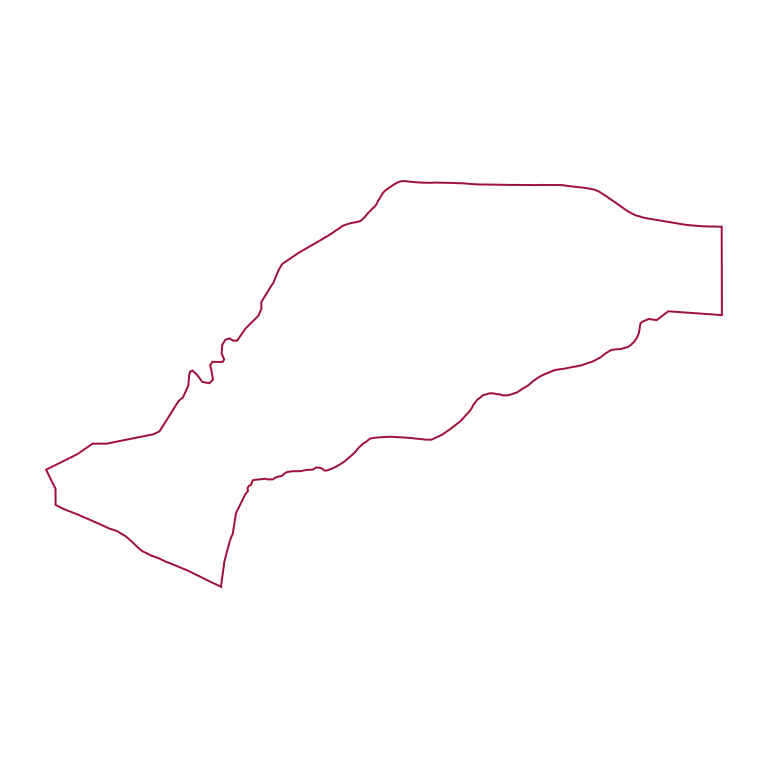 Barat Al Anan, Al Jawf, Yemen
{"feature_id": "15242507B41587860828990", "entity_name": "Barat Al Anan", "entity_type": "district", "adm_level": 2, "iso_a3": "YEM", "parent_name": "Yemen", "parent_adm1": "Al Jawf", "projection": "albers", "projection_center": [44.512, 16.865], "detail": "fine", "context": "isolated", "style": "outline", "palette": "rose", "viewbox_px": 768, "rotation_deg": 0, "n_neighbors": 0, "source": "geoboundaries", "source_scale": "gbopen_adm2", "svg_char_len": 4101}
<svg xmlns="http://www.w3.org/2000/svg" viewBox="0 0 768 768"><path d="M721.7,226.7L704.9,226.4L696.4,225.8L686.3,224.9L665.2,221.4L663.5,221.1L655.6,219.8L649.9,218.8L644.7,217.9L643.5,217.6L640.6,216.7L637.6,215.9L635.8,215.4L632.9,214.0L627.4,211.0L623.6,208.4L616.2,203.1L610.2,199.0L605.3,195.6L600.6,192.6L598.7,191.4L595.9,190.3L593.4,189.4L589.9,188.8L584.3,187.8L578.9,187.2L570.5,186.3L562.9,185.2L558.9,185.0L549.0,185.0L541.9,184.9L535.0,185.1L528.0,185.0L508.3,184.9L504.0,184.8L476.5,184.4L461.3,183.2L458.3,183.2L454.3,183.0L442.3,182.7L439.9,182.7L434.4,182.6L433.4,182.7L432.1,182.8L427.1,182.8L420.0,182.5L414.8,182.2L411.1,181.8L407.8,181.5L405.1,181.1L403.6,181.1L402.2,181.1L400.4,181.5L397.5,182.5L393.6,184.7L390.1,187.1L387.2,189.1L384.9,190.9L383.2,192.6L383.0,193.0L381.8,194.7L379.1,199.5L378.1,200.7L377.3,202.6L376.2,204.6L374.8,206.5L373.8,207.5L372.8,208.1L371.2,209.9L369.4,211.8L367.7,213.4L366.8,214.4L364.9,217.0L363.5,218.3L361.7,220.0L360.7,220.8L359.2,221.4L356.7,222.0L354.4,222.5L352.5,222.8L350.3,223.3L347.5,224.1L345.5,224.8L343.6,225.5L342.2,226.2L339.0,228.4L332.4,232.9L327.9,235.9L325.3,237.1L325.3,237.4L298.7,252.8L282.7,263.6L281.2,265.7L278.8,269.6L273.1,283.4L271.4,285.6L261.3,302.0L261.4,308.9L259.8,312.5L259.6,313.0L258.4,315.7L248.0,326.1L245.2,328.9L237.1,340.7L233.2,340.6L229.4,338.4L225.4,339.7L224.3,341.5L222.3,344.8L221.6,353.5L224.2,359.5L222.9,361.7L220.4,362.0L212.4,361.8L210.2,365.2L210.7,367.6L211.5,370.9L213.0,379.6L209.4,383.2L202.4,382.0L196.6,374.3L192.3,370.5L190.1,371.7L189.1,375.6L188.4,385.3L182.9,397.5L178.6,401.0L164.7,423.1L159.5,431.3L153.5,434.3L126.7,439.6L107.5,443.5L106.5,443.7L92.6,443.7L77.1,454.3L76.9,454.4L46.1,469.7L52.1,482.0L55.5,488.8L55.6,505.0L63.6,509.0L76.7,514.1L96.7,522.8L109.2,528.5L117.1,531.1L125.8,536.4L132.0,541.8L136.3,545.9L139.8,549.2L142.6,551.3L147.7,553.7L150.6,555.3L158.8,558.3L165.5,561.5L170.5,563.5L178.2,566.6L187.1,570.3L198.6,575.9L208.6,580.9L214.7,583.8L219.4,586.0L221.2,586.9L221.2,584.8L223.4,568.8L223.8,566.4L224.0,563.7L224.5,561.2L224.8,560.2L225.2,558.4L225.8,556.1L226.5,553.2L227.1,550.9L227.3,550.4L228.0,547.8L228.7,545.1L229.4,542.5L230.2,539.9L231.3,537.1L231.8,535.6L232.6,534.6L232.9,532.6L233.0,532.1L234.2,524.8L234.2,524.5L234.4,523.0L235.6,515.8L235.6,515.7L236.1,512.9L236.6,511.8L237.3,510.4L243.5,498.0L244.3,496.3L244.3,496.2L244.7,495.4L245.0,494.8L245.1,494.7L248.1,490.7L247.5,488.9L247.6,488.1L247.8,487.7L248.1,487.1L248.6,486.4L249.2,485.7L249.7,485.4L250.9,485.0L252.8,480.3L255.7,479.7L256.3,479.7L262.4,479.1L265.1,478.7L267.1,479.4L272.5,479.4L273.2,479.2L273.9,478.6L274.6,478.0L275.5,477.7L276.5,477.1L277.7,476.8L280.7,476.2L282.3,475.6L283.8,474.1L285.7,472.6L287.6,472.0L288.4,471.8L291.3,471.4L293.0,471.2L294.3,471.2L295.1,471.2L295.9,471.2L299.8,471.2L304.1,470.4L307.1,469.9L312.9,469.6L314.9,468.2L315.0,468.1L315.8,467.8L316.5,467.5L319.5,467.7L320.9,468.1L321.8,468.4L324.4,470.5L326.7,470.5L330.7,469.1L336.1,466.7L340.8,463.9L344.9,461.1L350.2,456.6L354.6,452.7L358.9,447.5L363.4,443.4L364.5,442.8L365.6,442.2L368.9,439.5L370.6,438.4L372.7,438.1L375.8,437.6L385.5,437.0L390.2,436.7L408.6,437.8L425.5,439.6L429.7,439.7L431.4,439.7L437.3,436.9L437.9,436.8L442.2,434.6L447.1,431.3L451.8,427.9L456.3,424.4L460.6,421.0L464.2,417.1L466.0,415.1L467.6,413.4L470.2,410.4L472.1,407.4L473.3,404.8L475.5,402.1L475.7,401.8L477.6,399.4L480.4,397.5L482.3,395.7L482.5,395.5L486.6,394.2L490.2,393.2L493.4,393.4L493.5,393.4L496.0,394.0L500.0,394.4L502.2,395.3L504.9,395.3L507.7,395.3L511.8,394.2L517.5,392.2L522.3,388.8L522.7,388.6L528.0,385.5L533.5,380.8L537.8,377.8L541.2,375.8L545.7,373.7L550.0,372.1L554.5,370.2L559.2,369.3L564.7,368.7L568.3,367.8L571.5,367.2L576.9,366.3L581.8,365.2L586.5,363.5L592.7,361.5L596.9,359.3L601.0,357.0L603.8,354.8L606.3,352.9L609.3,351.1L611.5,349.9L616.8,349.2L620.2,349.2L624.5,347.9L627.9,347.0L630.9,344.9L634.3,341.6L637.1,337.3L638.6,333.7L639.4,330.0L640.0,325.7L640.5,323.3L643.0,321.4L648.8,319.0L656.7,320.1L668.3,311.3L721.9,315.1L721.7,226.7Z" fill="none" stroke="#9f1239" stroke-width="2"/></svg>